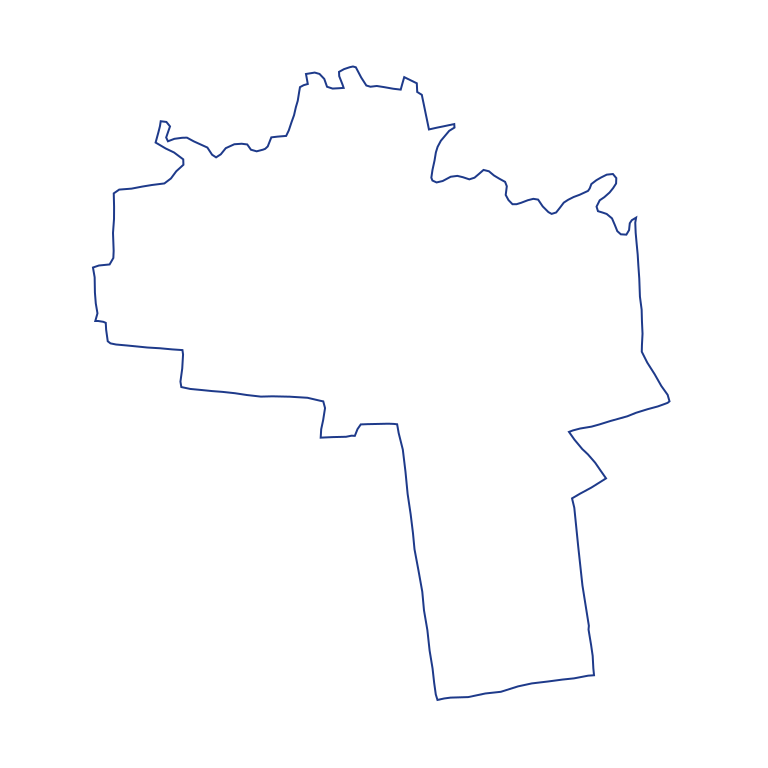 outline of Battambang, Batdâmbâng, Cambodia, rotated 266°
{"feature_id": "14789045B54080121728178", "entity_name": "Battambang", "entity_type": "district", "adm_level": 2, "iso_a3": "KHM", "parent_name": "Cambodia", "parent_adm1": "Batdâmbâng", "projection": "orthographic", "projection_center": [103.179, 13.094], "detail": "fine", "context": "isolated", "style": "outline", "palette": "blue", "viewbox_px": 768, "rotation_deg": 266, "n_neighbors": 0, "source": "geoboundaries", "source_scale": "gbopen_adm2", "svg_char_len": 3616}
<svg xmlns="http://www.w3.org/2000/svg" viewBox="0 0 768 768"><g transform="rotate(266 384 384)"><path d="M532.4,647.1L530.1,642.6L527.2,640.4L520.4,639.2L516.1,636.2L516.8,630.7L520.2,627.4L526.4,625.4L533.3,623.0L538.1,618.0L539.7,614.2L541.5,609.5L546.1,608.4L552.2,612.0L555.0,616.8L559.3,622.4L563.4,626.2L567.8,629.5L573.2,630.1L577.5,627.0L577.3,620.8L574.9,615.0L572.5,610.1L569.0,604.8L564.8,602.9L562.4,601.0L559.1,592.3L557.3,586.2L554.9,580.5L552.4,576.0L547.7,571.9L543.1,567.7L542.0,563.1L544.0,560.0L550.1,554.7L557.2,550.6L558.3,545.9L557.3,540.3L555.2,533.4L554.1,528.7L554.4,524.7L558.8,521.0L564.1,518.6L572.7,520.3L577.2,518.9L580.8,513.3L584.3,508.3L588.9,503.5L590.6,498.2L587.1,493.6L583.5,488.7L582.2,483.4L584.8,477.1L586.5,471.7L586.1,465.0L582.4,456.7L581.4,450.5L583.6,446.5L586.5,445.6L594.2,447.3L603.4,450.0L611.4,451.9L616.8,454.0L622.7,457.7L632.0,466.7L634.9,472.2L638.4,472.2L637.5,465.7L636.9,461.4L636.0,454.5L634.8,446.6L646.0,445.1L651.1,444.4L656.4,443.7L661.6,443.0L666.7,442.3L669.8,441.9L673.0,437.5L681.7,437.7L683.3,434.9L688.7,425.6L683.0,423.5L676.5,421.2L677.9,413.8L680.1,405.0L681.8,397.6L681.5,391.2L683.0,387.2L691.4,382.6L701.9,378.0L702.9,375.2L702.4,371.9L700.9,366.1L698.5,360.9L694.2,360.8L685.6,363.5L682.2,364.4L682.2,359.6L682.3,353.3L684.5,347.9L692.5,345.7L697.8,341.3L699.5,336.6L698.7,327.8L688.6,328.9L687.7,324.7L686.0,320.9L681.5,319.8L672.5,317.7L666.3,315.4L658.4,313.0L651.6,310.0L643.6,306.7L638.3,303.7L638.2,295.1L637.9,288.8L629.1,284.6L626.9,281.9L626.2,279.6L625.0,273.2L627.0,267.6L632.5,264.3L633.6,258.8L633.6,251.4L630.3,242.6L624.5,237.2L621.8,232.3L624.7,228.5L632.2,224.3L639.3,211.2L643.5,204.6L643.7,199.8L643.2,192.0L641.2,185.4L645.1,183.9L655.9,188.5L660.6,185.2L661.7,179.6L656.9,178.5L650.8,176.5L640.8,173.0L638.9,175.8L634.2,182.6L629.6,190.7L622.1,199.4L616.7,199.2L610.7,191.6L603.9,185.8L599.4,178.9L598.7,166.3L597.8,156.6L596.5,145.8L596.4,133.4L593.0,127.7L579.6,127.1L567.6,126.2L553.6,124.2L535.6,123.6L528.6,122.8L522.4,118.6L522.1,107.9L520.5,101.8L510.6,102.8L495.4,102.0L484.5,102.1L474.5,103.1L467.0,100.4L466.8,103.2L465.6,108.4L464.4,110.7L457.5,110.6L445.9,111.4L443.6,114.0L442.1,119.4L440.3,130.6L438.4,141.8L436.9,150.5L435.3,162.9L434.0,170.8L433.3,175.1L431.9,185.3L427.5,185.6L413.5,183.8L400.6,181.1L395.1,181.6L392.6,190.3L390.6,202.3L388.9,212.2L387.4,222.4L385.2,234.7L382.6,246.3L380.0,260.3L379.5,271.8L377.9,289.2L375.6,306.7L371.8,319.0L370.9,322.2L364.1,323.5L352.3,320.8L343.3,318.2L334.9,317.1L334.8,321.6L334.6,329.3L334.0,342.5L334.7,348.0L334.3,351.3L340.8,354.4L345.3,358.0L345.1,364.5L344.6,374.8L344.1,385.5L343.5,391.0L342.9,394.3L334.1,395.2L317.2,398.2L295.0,399.3L272.7,399.9L252.2,401.5L233.2,402.5L217.0,402.9L195.4,405.4L174.1,407.7L155.5,408.1L135.5,410.1L114.9,410.9L96.8,412.6L82.3,413.2L70.7,414.0L65.1,415.3L66.1,422.1L66.5,428.6L65.8,446.2L68.2,463.5L68.8,479.1L73.0,496.6L75.0,510.5L75.8,527.0L76.7,541.4L77.1,553.0L78.8,567.3L78.8,573.2L85.8,573.0L98.2,573.2L109.1,572.4L124.8,570.9L128.5,571.5L169.2,567.9L208.4,566.4L247.3,565.2L256.8,563.6L260.9,571.9L266.2,583.6L270.4,591.5L274.4,598.9L282.2,594.2L290.7,589.2L299.6,582.5L305.2,577.3L315.2,570.1L323.3,565.2L324.5,569.2L325.9,576.5L327.0,588.1L328.6,595.9L331.3,607.3L334.8,624.4L337.7,633.4L340.5,645.3L342.5,655.5L344.2,661.5L345.4,665.6L346.8,667.6L353.4,666.2L362.7,660.5L375.0,654.6L387.0,648.1L398.2,643.4L404.6,644.0L416.1,645.4L428.5,645.7L440.2,646.2L453.3,645.4L471.3,646.0L484.9,646.0L495.3,646.1L507.3,645.8L517.3,645.6L527.4,645.9L532.4,647.1Z" fill="none" stroke="#1e3a8a" stroke-width="2"/></g></svg>